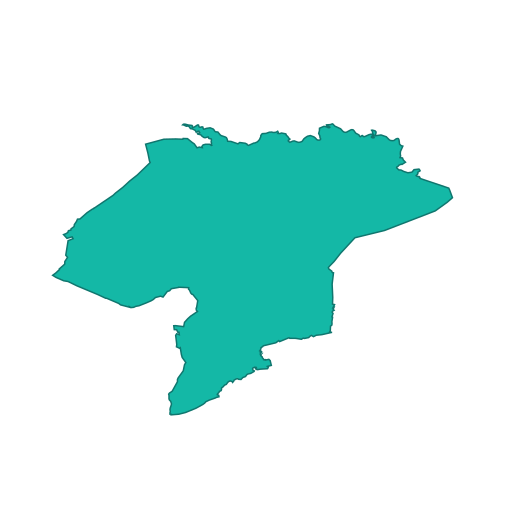 the district of Kombuļu pag., Kraslavas, Latvia, rotated 350°
{"feature_id": "27541924B40746189517992", "entity_name": "Kombuļu pag.", "entity_type": "district", "adm_level": 2, "iso_a3": "LVA", "parent_name": "Latvia", "parent_adm1": "Kraslavas", "projection": "natural_earth1", "projection_center": [27.23, 55.975], "detail": "fine", "context": "isolated", "style": "filled", "palette": "teal", "viewbox_px": 512, "rotation_deg": 350, "n_neighbors": 0, "source": "geoboundaries", "source_scale": "gbopen_adm2", "svg_char_len": 6141}
<svg xmlns="http://www.w3.org/2000/svg" viewBox="0 0 512 512"><g transform="rotate(350 256 256)"><path d="M329.4,286.0L328.4,285.7L328.1,285.1L328.0,284.1L325.5,281.4L325.2,280.1L326.2,279.1L331.9,275.0L340.0,267.8L356.6,255.2L387.0,253.2L440.4,242.7L453.8,236.2L459.6,232.7L458.2,224.9L457.6,222.6L431.0,208.1L430.5,206.9L430.9,206.8L430.5,206.1L428.4,205.5L427.7,204.7L429.7,203.1L429.7,202.2L430.0,201.6L432.4,200.6L431.9,199.0L431.5,198.7L426.6,198.4L424.4,200.3L423.7,200.5L420.0,200.4L416.2,198.4L413.7,196.5L411.6,196.0L409.8,193.6L410.0,192.9L411.5,192.3L412.5,191.4L415.0,190.8L415.6,191.2L419.5,189.6L417.7,187.0L417.3,184.9L414.9,184.1L415.8,182.6L415.8,180.6L416.4,178.2L419.7,173.3L418.1,172.5L416.8,170.8L417.0,166.6L416.8,165.6L416.5,165.1L415.5,164.8L414.0,165.1L412.0,166.2L410.2,166.1L408.4,165.5L407.5,164.8L405.0,161.2L400.7,158.8L400.0,158.5L394.5,158.3L394.5,157.6L395.2,156.5L395.8,154.8L395.2,153.6L394.0,152.9L392.3,152.2L391.6,152.2L391.6,152.4L392.2,153.1L392.3,153.7L392.2,155.6L392.8,156.8L392.5,157.7L393.1,158.3L392.2,159.0L392.9,159.9L392.7,160.1L391.3,159.9L390.4,159.3L390.5,158.5L391.9,157.8L392.1,157.5L391.5,156.6L390.6,156.0L388.4,156.1L383.7,157.3L382.5,157.0L381.8,155.9L381.4,155.8L379.4,156.6L378.9,156.2L378.4,154.6L375.5,152.3L374.2,149.5L373.5,148.6L372.4,148.2L371.5,148.2L366.2,149.9L364.4,149.4L363.2,148.3L361.4,145.4L356.1,141.7L354.7,139.5L354.1,139.1L352.0,139.5L348.2,139.1L348.2,139.6L348.5,140.0L351.0,141.7L351.1,142.1L350.5,142.4L349.4,142.2L347.7,140.9L345.4,140.1L340.7,141.2L340.2,143.7L339.0,146.2L339.7,148.7L339.6,150.7L340.0,151.9L339.7,152.5L338.7,152.9L337.8,152.8L336.7,152.4L336.0,151.8L335.0,150.1L333.7,148.7L330.4,146.8L327.5,147.0L325.1,148.0L323.4,149.0L321.4,151.1L319.2,151.6L317.3,151.4L313.7,149.3L312.3,149.2L309.0,149.9L307.7,148.3L307.9,147.7L309.4,147.1L309.7,146.8L309.1,146.2L308.0,143.8L306.8,142.3L306.7,141.1L306.1,140.7L302.4,139.3L300.8,139.6L299.7,139.4L299.6,139.2L299.1,139.1L299.5,138.8L299.5,138.5L299.0,136.9L297.6,137.5L296.2,137.6L294.2,137.3L293.1,136.7L290.6,136.4L287.2,137.0L283.6,136.6L282.9,136.9L282.0,137.8L281.5,138.5L281.5,139.2L279.6,142.0L277.3,143.8L274.6,144.5L273.4,144.4L267.9,145.8L266.7,145.0L266.6,144.3L265.0,143.1L259.7,141.4L257.7,142.4L251.2,138.8L248.0,138.1L247.9,135.9L247.4,134.3L246.5,133.5L242.5,131.3L241.6,130.2L240.0,127.3L237.6,126.6L237.0,125.8L236.4,124.2L235.9,123.5L233.1,121.8L229.4,121.7L226.6,122.1L226.2,121.5L226.0,119.7L225.2,119.4L223.7,119.6L222.6,119.2L222.3,118.8L222.1,117.0L221.1,116.8L217.6,118.3L215.9,118.4L215.6,118.1L216.0,117.0L215.6,116.3L212.0,115.2L209.5,114.0L208.0,113.6L207.2,113.7L206.6,114.1L207.5,114.4L209.9,116.1L211.5,116.2L212.4,116.7L213.6,119.2L215.6,119.9L218.0,121.8L218.6,123.7L220.7,123.0L221.5,123.2L222.0,124.9L221.3,125.3L220.1,125.0L219.6,125.4L219.9,125.9L222.6,127.0L223.6,128.6L225.2,130.2L226.4,130.7L229.5,130.4L229.8,130.7L229.8,131.6L230.1,132.1L232.3,133.0L232.3,134.0L231.6,135.9L231.9,137.1L231.3,138.1L231.7,139.3L231.3,139.4L229.7,137.9L225.7,137.2L223.3,137.4L222.7,137.8L221.7,138.8L221.6,139.3L222.0,139.6L222.0,140.0L219.1,138.9L216.7,139.2L214.7,134.9L212.6,132.8L208.9,128.5L204.6,127.6L204.2,128.3L197.3,126.8L185.5,125.0L166.7,126.7L167.4,135.8L167.6,144.0L168.0,145.6L153.2,155.6L144.5,160.3L136.9,165.2L128.6,169.6L125.9,171.4L105.1,180.7L104.9,180.6L104.3,181.1L103.0,181.4L97.2,184.0L89.0,189.0L86.6,188.7L85.3,190.7L82.5,193.6L82.0,195.4L78.6,197.1L78.1,198.4L76.2,198.4L75.3,198.9L74.9,200.1L72.7,201.0L70.2,201.5L72.9,205.8L78.2,205.2L78.9,207.2L73.6,208.3L68.8,222.2L70.2,224.6L66.8,228.2L66.2,230.8L60.0,234.6L60.1,235.2L56.0,237.9L52.4,239.7L55.4,242.4L62.3,247.0L66.5,248.5L74.5,254.3L93.5,266.5L100.6,271.5L101.6,271.7L112.6,278.9L114.1,280.6L122.6,284.5L122.6,284.0L123.8,285.1L126.7,285.3L128.9,284.7L132.1,284.7L139.9,283.1L144.9,281.9L147.3,281.0L149.8,279.4L155.0,279.0L157.3,280.3L162.5,275.5L164.9,275.2L167.0,273.5L174.3,273.5L174.4,273.3L184.2,275.5L183.8,276.9L184.4,277.7L185.1,280.0L185.2,280.9L186.1,282.4L187.1,282.9L190.9,289.8L188.4,296.9L188.0,297.0L187.8,298.9L188.7,300.5L181.1,303.9L177.8,306.0L174.1,308.9L172.5,313.0L164.6,310.6L162.9,310.4L162.7,314.3L165.0,314.8L165.8,317.5L166.9,317.7L166.8,320.2L164.4,318.8L163.1,320.2L162.6,329.4L161.9,331.6L164.7,333.6L165.5,333.2L165.4,340.0L165.7,343.1L168.4,348.7L166.7,350.7L164.4,356.5L158.2,362.5L157.2,364.0L156.8,366.2L150.0,374.6L146.9,376.0L146.0,376.9L146.1,378.2L145.5,381.6L145.7,382.7L146.7,384.2L147.1,386.4L146.8,387.8L145.1,390.9L144.6,392.5L144.6,394.1L144.1,395.3L143.8,396.8L145.1,397.2L144.9,397.7L152.5,398.4L159.4,397.9L170.4,395.5L177.8,393.0L180.0,391.9L181.1,390.9L184.9,389.8L191.2,388.8L192.4,388.4L195.1,388.2L195.1,386.7L193.8,385.9L193.8,385.6L194.2,385.1L195.8,383.9L196.5,383.0L198.3,382.5L198.8,381.6L199.1,380.1L199.4,379.8L200.9,379.1L202.6,377.7L204.4,377.3L206.4,375.4L207.9,374.7L209.0,374.6L210.8,375.6L211.0,376.4L212.2,375.5L212.9,374.4L215.3,373.6L216.7,373.7L217.4,374.4L219.8,375.0L221.9,373.4L224.7,372.9L226.6,371.1L227.9,370.8L230.4,370.7L234.0,369.4L234.4,368.9L233.2,367.9L233.0,366.6L233.2,366.0L234.1,365.6L235.3,365.3L236.8,365.7L237.0,366.3L236.1,366.5L235.9,366.7L236.0,367.0L236.8,367.8L237.7,368.2L240.6,368.2L247.7,369.0L248.5,368.2L248.8,367.5L248.1,366.7L252.1,366.4L251.8,361.5L250.7,360.0L247.7,360.1L247.8,359.9L247.5,359.7L246.0,359.7L245.5,359.4L245.6,358.9L244.7,357.5L244.6,356.4L244.0,355.8L243.8,355.1L243.3,354.9L243.5,354.1L244.0,353.7L243.4,353.8L243.1,353.4L243.5,352.6L243.5,351.6L244.9,351.7L245.0,351.4L244.5,350.6L243.3,350.0L243.7,349.7L244.8,348.0L245.0,347.1L246.9,346.4L247.6,345.7L260.5,344.9L263.7,343.3L264.4,344.4L274.4,342.2L274.9,342.9L280.8,344.0L286.3,345.9L288.2,345.1L289.4,345.6L293.7,345.5L295.6,344.2L296.8,343.8L298.6,345.4L301.6,344.5L307.2,344.9L317.6,344.4L315.3,343.6L316.2,342.5L317.2,338.0L318.6,337.3L318.9,336.6L319.2,335.3L319.3,333.9L320.8,329.6L320.2,329.1L321.9,326.0L321.2,324.5L321.8,323.6L323.5,323.0L322.7,321.8L323.9,320.1L322.9,320.2L324.9,317.5L323.0,316.7L324.4,310.1L326.1,296.9L329.4,286.0Z" fill="#14b8a6" stroke="#0f766e" stroke-width="1.5"/></g></svg>